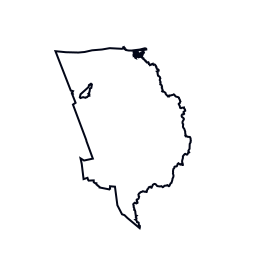 the district of Whakatane District, Bay of Plenty, New Zealand, rotated 339°
{"feature_id": "76426892B18513134445034", "entity_name": "Whakatane District", "entity_type": "district", "adm_level": 2, "iso_a3": "NZL", "parent_name": "New Zealand", "parent_adm1": "Bay of Plenty", "projection": "robinson", "projection_center": [176.996, -38.343], "detail": "fine", "context": "isolated", "style": "outline", "palette": "ink", "viewbox_px": 256, "rotation_deg": 339, "n_neighbors": 0, "source": "geoboundaries", "source_scale": "gbopen_adm2", "svg_char_len": 5738}
<svg xmlns="http://www.w3.org/2000/svg" viewBox="0 0 256 256"><g transform="rotate(339 128 128)"><path d="M103.0,225.7L103.3,225.3L104.0,223.7L103.4,222.3L104.0,220.2L103.6,219.6L102.7,219.2L102.8,217.1L102.1,216.2L102.9,216.1L103.4,215.7L103.6,215.2L103.3,213.9L103.7,213.4L104.6,213.0L104.1,212.6L103.9,212.0L104.3,210.9L104.4,209.8L104.8,209.2L105.0,207.2L104.4,206.6L105.1,205.2L104.9,204.0L105.0,203.5L105.5,202.9L105.4,202.3L105.5,201.3L106.0,200.7L107.6,200.2L108.7,201.4L110.0,201.3L110.3,200.7L110.0,199.6L110.3,199.0L110.2,198.3L110.8,197.9L111.5,198.1L112.6,197.7L113.8,196.1L113.5,195.3L113.8,194.8L113.8,194.0L114.8,193.1L115.5,193.0L116.7,192.4L118.1,192.6L118.9,192.3L119.5,192.5L120.5,193.4L121.4,193.5L122.0,194.3L122.5,194.4L124.1,192.2L125.2,191.9L126.1,190.8L127.8,190.8L128.3,192.1L128.6,192.2L130.9,189.9L132.5,189.6L133.6,190.3L134.5,192.7L136.8,194.0L138.4,194.3L139.2,195.7L139.7,195.7L141.4,195.0L143.1,195.5L144.3,195.4L144.6,195.7L144.9,196.7L145.3,197.0L145.8,196.9L148.0,194.9L148.9,194.8L150.8,192.4L151.3,191.4L152.9,189.8L153.5,188.5L153.7,186.4L154.2,185.7L154.5,184.5L155.7,182.5L156.8,182.0L157.5,180.9L158.3,180.8L159.2,181.2L159.8,181.2L160.5,180.6L161.5,179.3L162.5,179.0L163.1,180.2L163.7,180.9L164.8,180.5L165.2,180.6L165.5,180.9L165.4,182.0L165.9,182.2L166.2,181.6L166.4,178.9L166.9,177.8L168.5,175.7L169.1,174.1L170.7,173.1L171.9,172.6L172.3,172.7L173.1,173.8L173.9,174.0L175.2,172.8L176.4,172.7L176.4,172.4L175.9,171.8L176.3,170.8L178.0,169.5L179.9,165.0L181.4,163.7L181.6,162.9L182.1,162.5L182.2,161.6L182.6,160.6L182.7,159.1L182.5,158.5L180.7,157.7L179.9,156.8L179.1,156.7L178.7,155.6L178.9,155.2L179.4,155.0L179.6,153.1L180.1,152.0L180.2,148.7L179.8,147.8L179.7,146.6L180.9,144.2L180.6,143.5L180.7,142.7L181.3,141.5L183.2,140.0L183.5,139.1L183.1,138.2L182.4,137.2L182.3,136.2L182.7,135.3L183.7,134.7L184.8,135.2L185.5,134.9L185.5,133.0L185.9,132.8L187.6,132.4L187.8,131.3L187.7,130.6L187.3,129.8L187.6,128.9L185.4,128.4L184.6,128.5L183.9,127.8L184.2,125.9L183.9,123.8L184.1,123.5L185.3,123.3L185.6,122.8L186.5,122.0L186.3,121.0L186.5,120.3L186.4,119.4L186.2,118.7L186.4,118.0L186.1,117.4L183.9,115.7L183.5,114.9L183.3,113.8L182.8,113.0L181.8,113.2L180.1,112.9L179.4,113.0L178.2,112.4L178.1,112.5L177.5,113.3L176.5,112.8L176.5,112.2L175.8,111.0L175.4,109.5L175.6,108.9L175.5,108.4L175.0,107.8L174.2,106.6L173.3,106.4L173.0,105.9L174.0,105.0L173.9,103.7L174.2,103.0L173.9,102.6L174.2,101.8L174.6,101.5L174.7,100.5L174.6,99.8L174.3,99.5L174.3,99.2L173.8,98.8L174.4,97.8L174.4,97.1L174.9,96.8L174.8,94.5L176.0,93.2L175.8,92.7L176.0,92.2L176.0,91.7L175.4,90.8L175.2,90.1L174.8,89.9L175.1,87.8L175.5,87.3L175.6,86.8L175.2,85.5L177.0,85.5L177.0,85.2L177.4,84.9L177.2,84.2L176.1,83.1L176.1,82.6L176.3,82.1L176.1,81.5L176.4,81.1L176.1,80.2L176.3,79.9L175.9,78.6L175.6,78.2L174.3,78.2L174.1,77.7L174.2,76.9L171.9,76.9L171.9,77.2L171.0,77.2L171.0,76.6L170.4,75.9L170.7,74.9L170.6,73.9L169.9,73.7L169.5,73.9L169.2,73.8L168.7,72.8L168.7,72.0L168.3,71.8L168.4,71.2L168.0,70.8L167.8,70.1L167.0,69.2L167.1,68.8L167.4,68.6L167.4,68.4L166.3,67.4L166.7,66.7L166.7,65.5L167.1,65.3L167.1,65.0L167.6,65.2L168.0,64.8L167.4,63.1L166.6,63.1L166.4,63.0L166.3,62.7L166.1,62.9L166.2,63.2L166.3,63.1L166.2,63.4L165.7,63.3L165.3,62.8L164.9,63.1L164.9,64.1L165.4,64.4L165.5,64.8L165.4,65.3L165.5,65.4L165.4,66.0L165.1,65.6L165.1,65.1L164.8,64.8L164.2,65.4L164.1,65.9L163.4,65.8L163.5,65.4L164.0,64.9L164.3,64.4L164.1,63.9L163.7,64.2L163.4,64.2L163.7,64.0L164.2,63.2L164.3,62.1L164.0,62.4L163.3,62.4L162.9,62.6L163.0,63.1L162.5,62.5L162.1,62.7L161.9,62.4L161.1,62.1L161.1,62.4L160.8,62.5L160.9,63.5L161.3,64.0L161.4,63.9L161.6,64.7L160.8,64.3L160.8,64.9L160.4,65.0L160.2,65.3L160.3,65.4L160.3,65.5L160.2,65.4L160.3,65.0L160.1,64.7L159.9,65.1L160.0,63.2L159.2,63.0L159.5,62.5L159.2,62.1L159.2,61.8L159.4,61.5L160.1,61.5L160.3,61.0L160.6,60.3L160.2,59.8L160.5,59.1L160.8,59.1L161.0,58.8L161.3,59.2L161.7,59.1L162.0,58.4L162.0,58.8L162.7,59.2L163.0,58.7L163.4,58.7L163.9,58.9L164.3,59.4L165.1,59.2L166.2,59.2L168.1,59.9L168.9,60.5L173.2,61.3L173.4,60.7L173.1,60.1L172.2,59.6L167.2,59.0L159.6,57.1L159.4,57.2L158.7,56.8L156.4,55.9L153.9,54.4L153.8,54.2L154.2,53.8L154.1,53.6L154.1,53.8L153.8,53.7L153.3,53.3L153.4,52.7L153.6,52.6L153.7,52.4L153.3,52.0L153.3,51.6L153.1,51.5L153.1,51.1L152.8,51.2L152.7,51.3L152.6,50.9L152.4,50.9L151.9,52.1L150.5,51.8L139.5,46.9L131.9,45.4L122.3,42.6L114.8,41.5L108.8,39.8L97.2,35.0L87.8,30.3L88.0,72.6L89.0,73.2L89.9,73.9L88.7,74.9L88.7,75.4L88.3,75.0L88.0,75.2L88.1,85.7L85.0,86.4L84.7,124.2L84.5,125.4L84.2,144.0L75.3,142.6L72.8,139.3L71.9,145.1L68.2,159.8L72.3,160.0L72.2,162.3L72.4,163.0L77.2,164.6L76.6,166.4L77.7,167.9L78.7,168.3L78.3,169.4L79.1,170.6L79.0,170.8L80.3,172.7L80.1,173.3L88.5,178.6L88.7,178.4L89.5,178.3L89.6,177.5L90.3,176.5L90.4,176.0L94.8,178.1L90.4,196.3L91.5,206.4L93.5,208.1L95.2,211.8L103.0,225.7ZM107.1,73.9L109.3,73.4L109.9,74.4L108.1,77.4L106.6,77.6L105.1,80.4L104.5,80.8L104.1,81.9L103.7,81.9L103.9,82.2L103.8,82.4L103.9,82.6L103.4,82.8L103.5,83.0L103.5,83.6L103.0,83.4L102.8,83.6L102.8,83.8L102.4,83.9L102.5,84.0L101.8,84.0L101.0,84.5L99.4,84.5L99.4,84.3L98.1,83.9L97.2,83.1L94.4,83.0L94.0,82.1L95.8,79.5L105.7,75.7L106.5,74.6L107.5,74.3L107.6,74.0L107.1,74.0L107.1,73.9ZM169.8,61.8L169.5,61.8L169.2,62.0L169.4,62.0L169.3,62.3L169.2,62.1L169.2,62.3L168.7,62.3L168.8,62.2L168.2,62.0L168.7,62.5L168.5,63.2L168.0,63.4L168.1,64.0L168.4,64.1L168.6,63.8L168.9,62.9L169.2,63.7L169.9,63.4L169.9,62.1L169.8,61.9L169.7,62.0L169.5,61.9L169.8,61.8ZM161.5,59.7L161.0,59.8L160.9,60.1L161.1,60.3L161.2,60.1L161.5,60.1L161.8,60.8L162.4,60.5L162.5,61.0L163.1,60.8L163.3,61.4L163.6,61.1L163.4,60.8L162.7,60.2L161.5,59.7Z" fill="none" stroke="#020617" stroke-width="2"/></g></svg>